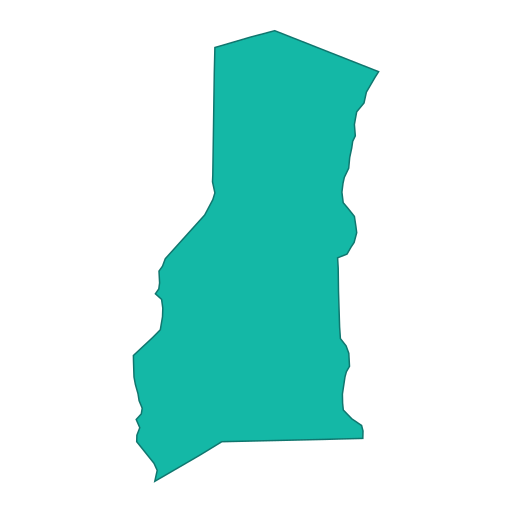 outline of Estrela de Alagoas, Alagoas, Brazil
{"feature_id": "56859067B1490416965052", "entity_name": "Estrela de Alagoas", "entity_type": "district", "adm_level": 2, "iso_a3": "BRA", "parent_name": "Brazil", "parent_adm1": "Alagoas", "projection": "robinson", "projection_center": [-36.768, -9.389], "detail": "fine", "context": "isolated", "style": "filled", "palette": "teal", "viewbox_px": 512, "rotation_deg": 0, "n_neighbors": 0, "source": "geoboundaries", "source_scale": "gbopen_adm2", "svg_char_len": 1131}
<svg xmlns="http://www.w3.org/2000/svg" viewBox="0 0 512 512"><path d="M214.9,47.5L214.3,72.4L212.8,174.8L212.5,181.8L214.9,192.9L212.8,199.7L204.7,215.0L165.3,258.7L162.5,266.2L159.0,271.1L159.6,283.0L158.8,288.9L155.4,293.8L161.6,299.4L162.8,308.2L162.5,316.8L160.3,329.8L152.7,337.5L141.1,348.3L133.4,355.5L133.5,361.2L134.0,377.0L135.4,384.5L138.0,393.7L139.1,400.7L142.2,408.2L141.3,413.9L136.2,419.5L139.8,427.7L136.9,435.2L136.7,441.7L154.0,463.3L157.2,470.4L154.8,481.3L195.1,457.9L200.9,454.5L221.8,441.7L284.1,440.3L324.3,439.4L338.5,439.0L362.8,438.4L363.0,431.0L361.6,425.5L351.9,418.9L343.3,410.0L342.6,403.1L342.4,394.1L345.0,376.8L346.4,371.7L349.5,366.3L348.8,353.3L346.1,345.9L340.4,338.6L339.6,327.0L338.5,291.4L338.2,268.3L337.6,257.8L347.0,254.1L351.1,247.0L354.1,242.5L356.7,232.7L355.9,226.4L354.4,216.4L347.7,208.0L343.2,202.7L341.9,192.2L343.0,183.3L344.3,177.4L348.7,168.2L349.7,157.5L351.7,148.1L352.7,141.3L355.3,135.9L354.4,124.5L355.6,117.7L356.7,111.8L364.0,103.0L366.4,92.1L375.1,77.2L378.6,71.7L327.9,51.7L274.7,30.7L250.8,37.0L214.9,47.5Z" fill="#14b8a6" stroke="#0f766e" stroke-width="1.5"/></svg>